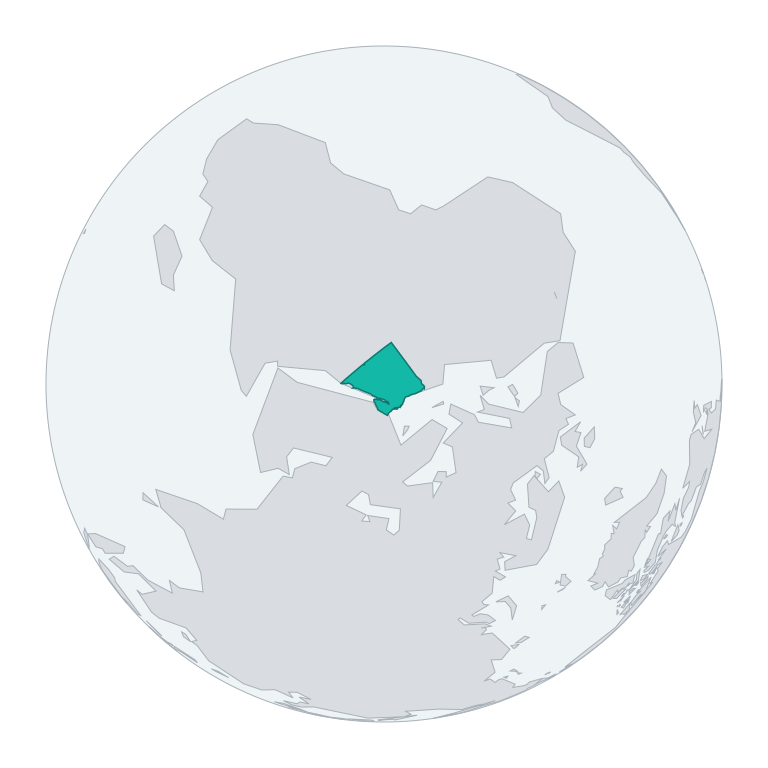 Egypt on an orthographic globe, rotated 141°
{"feature_id": "EGY", "entity_name": "Egypt", "entity_type": "country or territory", "adm_level": 0, "iso_a3": "EGY", "parent_name": "Africa", "parent_adm1": "", "projection": "orthographic", "projection_center": [30.805, 26.825], "detail": "fine", "context": "on_globe", "style": "filled", "palette": "teal", "viewbox_px": 768, "rotation_deg": 141, "n_neighbors": 0, "source": "natural_earth", "source_scale": "50m", "svg_char_len": 13143}
<svg xmlns="http://www.w3.org/2000/svg" viewBox="0 0 768 768"><g transform="rotate(141 384 384)"><circle cx="384" cy="384" r="338" fill="#eef3f6" stroke="#a8b0b8"/><path d="M427.6,48.9L414.0,47.5L412.9,47.5L423.6,48.6L429.1,49.8L413.6,48.0L421.6,50.1L397.9,49.9L357.3,49.1L343.4,52.2L299.9,60.9L303.3,61.3L288.9,66.1L287.4,68.6L279.7,70.4L285.2,71.1L292.4,69.0L297.2,68.8L297.0,70.4L287.2,72.7L285.9,72.2L282.9,73.8L278.1,74.4L280.4,75.0L268.5,78.1L279.8,77.6L270.0,82.3L262.3,83.8L263.8,80.2L249.4,77.9L242.1,80.0L230.2,85.6L206.3,102.4L197.9,106.8L186.0,115.2L190.2,113.8L201.1,106.9L206.1,107.4L218.8,99.9L222.7,99.4L235.5,94.0L232.8,98.8L223.2,106.8L212.4,111.9L207.9,115.9L217.5,114.9L196.9,129.2L182.3,147.8L177.0,151.6L167.9,150.7L169.5,140.0L157.7,142.6L164.5,145.4L151.3,156.5L148.7,160.7L149.0,163.2L153.6,161.0L148.9,166.2L140.5,164.4L144.6,159.6L147.3,159.9L147.9,155.4L142.1,155.9L135.9,162.3L133.8,159.1L129.3,164.0L126.3,166.6L133.6,158.7L120.4,173.4L118.2,175.3L134.4,156.2L151.9,138.4L170.6,122.0L190.6,106.9L211.5,93.4L233.5,81.5L256.2,71.2L279.7,62.6L303.7,55.8L328.1,50.7L352.9,47.5L377.8,46.1L402.8,46.6L427.6,48.9ZM53.4,314.0L52.3,320.9L51.7,323.5L48.1,358.0L50.2,382.7L50.6,399.3L49.8,405.4L51.8,413.2L51.9,418.6L65.3,449.2L76.6,474.4L79.3,492.6L75.7,504.2L86.3,541.0L83.9,539.3L72.9,516.0L63.8,491.9L56.5,467.2L51.1,442.0L47.6,416.5L46.1,390.8L46.6,365.0L49.0,339.3L53.4,314.0ZM236.1,91.9L235.8,92.9L233.6,93.3L236.1,91.9ZM242.0,88.8L239.7,88.5L242.1,87.1L243.5,87.2L242.0,88.8ZM437.4,50.4L441.2,51.2L434.7,50.0L437.4,50.4ZM244.3,89.5L246.7,84.5L251.1,82.1L259.9,80.9L244.3,89.5ZM441.8,51.6L451.4,54.5L457.2,55.3L446.1,55.5L441.6,52.4L432.6,50.5L439.6,51.5L441.8,51.6ZM294.8,67.8L287.1,70.0L293.7,66.8L294.8,67.8ZM297.9,65.9L311.5,58.1L322.9,56.3L316.0,58.9L330.9,56.1L329.7,58.8L321.3,61.1L314.2,61.5L319.2,62.4L297.9,65.9ZM438.5,55.6L438.5,56.4L435.6,55.3L438.5,55.6ZM299.7,68.5L301.4,66.8L311.4,65.0L309.7,68.1L307.0,67.6L299.7,68.5ZM335.4,54.2L342.5,53.8L343.5,55.8L346.4,56.1L330.7,58.8L335.4,54.2ZM304.7,68.9L308.6,69.8L303.7,72.3L298.7,70.1L304.7,68.9ZM314.7,63.4L319.3,62.8L316.2,64.0L314.7,63.4ZM288.6,82.7L290.5,80.1L295.8,78.8L288.6,82.7ZM310.4,70.1L312.1,69.2L314.4,68.6L315.9,69.8L310.4,70.1ZM332.5,60.3L331.4,61.5L339.0,59.2L340.1,61.2L329.4,62.8L334.4,62.9L334.8,63.6L325.7,64.3L332.5,60.3ZM324.5,69.3L311.3,73.0L306.6,77.7L301.7,78.8L310.1,71.1L324.5,69.3ZM326.0,66.2L323.9,68.3L318.9,68.3L317.2,67.0L326.0,66.2ZM344.6,62.1L345.7,58.6L348.0,58.5L344.6,62.1ZM324.1,70.6L327.3,69.8L324.4,70.9L324.1,70.6ZM339.4,64.5L339.5,63.2L342.1,63.0L339.4,64.5ZM333.6,69.4L329.4,70.4L328.0,69.4L333.6,69.4ZM337.1,67.1L340.7,67.2L330.2,68.4L336.7,66.5L337.1,67.1ZM341.9,64.6L343.5,64.0L341.5,65.1L341.9,64.6ZM341.0,73.3L328.1,75.0L325.2,72.5L338.2,71.0L341.0,73.3ZM157.3,459.6L139.5,405.2L149.3,389.2L151.8,366.7L220.0,306.9L233.7,314.9L286.4,314.0L292.9,317.7L285.8,335.0L324.7,361.0L338.3,346.9L374.4,360.1L399.0,359.4L409.3,325.8L369.0,326.1L362.9,309.7L395.9,295.3L431.2,296.2L429.9,289.9L408.3,276.7L417.2,264.9L400.9,271.2L407.0,277.5L397.0,282.0L390.8,276.7L394.2,272.5L383.8,269.8L370.4,292.1L375.1,300.9L347.3,304.3L352.5,319.7L344.7,326.4L333.0,303.2L334.7,294.9L312.4,269.5L308.1,278.2L328.9,303.3L322.1,301.0L316.4,314.7L315.3,302.5L293.8,274.3L269.2,276.7L236.6,306.5L222.5,306.6L211.3,296.9L224.6,263.4L254.6,267.2L259.6,256.8L254.8,239.6L264.3,242.7L266.0,236.6L277.4,237.7L294.7,225.1L306.5,225.1L314.5,207.4L321.6,205.4L314.9,216.2L316.5,224.3L346.0,225.8L352.0,222.3L354.8,211.0L362.6,213.5L361.5,202.5L379.0,198.9L356.8,194.5L359.5,182.7L370.6,174.3L367.5,170.1L349.3,184.0L345.7,190.4L348.9,197.0L335.5,215.9L325.1,218.4L324.0,196.8L309.2,198.6L314.9,182.3L360.5,152.5L379.0,147.7L407.1,163.0L402.1,170.0L389.6,167.6L400.1,180.1L399.8,174.1L406.2,176.6L410.4,167.2L415.2,168.6L411.0,157.7L417.3,158.4L419.9,165.3L431.5,153.4L444.9,153.2L445.2,149.9L441.8,146.5L461.1,149.2L460.5,146.8L453.9,144.9L448.4,139.0L446.2,130.1L453.0,131.5L454.7,134.8L468.6,144.7L472.1,154.4L474.7,154.2L473.2,146.2L456.4,134.0L453.1,128.3L461.9,133.1L458.5,130.9L459.0,128.6L465.9,127.9L456.6,122.4L453.1,98.6L466.1,95.9L474.3,102.1L479.1,90.1L493.3,90.1L487.2,88.0L485.4,82.2L480.9,82.0L477.8,80.7L471.0,68.2L474.7,67.1L464.9,61.4L461.8,60.6L458.5,60.9L446.1,55.5L457.2,55.3L463.8,57.0L466.2,56.6L480.8,60.9L494.1,64.9L508.6,71.2L517.8,74.7L517.7,74.3L530.1,79.5L556.0,93.2L535.5,83.7L496.7,67.9L512.6,73.9L509.1,73.4L514.9,76.4L526.1,81.2L527.3,81.1L545.9,96.8L573.1,116.0L570.8,110.3L577.7,112.8L606.7,134.4L642.0,177.4L651.6,185.0L657.6,192.7L661.5,201.2L652.7,190.1L649.3,189.7L643.7,182.7L647.0,194.1L639.2,184.7L645.5,199.1L652.1,204.6L652.2,197.3L661.0,215.0L671.5,223.1L681.7,239.3L694.4,279.3L693.8,298.7L695.7,304.9L690.8,302.6L691.3,319.0L706.1,343.5L708.2,353.1L705.7,379.6L704.4,372.8L691.5,366.5L694.2,390.9L704.2,401.5L707.8,420.7L702.3,420.1L698.1,403.7L693.4,400.8L691.0,380.3L680.1,354.7L674.4,366.3L671.3,354.3L655.5,336.3L645.2,352.5L631.2,396.6L635.1,428.1L627.7,445.7L604.4,408.6L593.9,380.0L585.5,386.2L561.5,366.6L520.3,375.9L514.3,368.7L506.6,374.3L489.7,369.1L480.6,357.0L470.4,359.5L494.6,391.3L505.5,388.7L514.6,373.2L519.3,385.1L535.6,392.9L517.7,427.3L456.4,463.2L450.4,439.9L403.9,376.4L405.3,368.7L405.1,367.9L404.6,366.4L400.3,378.9L392.3,366.1L417.1,411.6L421.2,431.3L455.5,464.7L452.3,468.8L463.3,475.0L498.7,461.1L498.9,468.9L482.2,507.3L433.2,558.9L439.8,588.0L436.4,612.2L406.1,629.2L409.0,646.0L393.4,652.2L392.6,661.2L380.2,670.5L359.4,678.4L323.8,676.5L321.3,669.0L303.1,652.1L277.7,608.5L286.4,589.4L283.1,572.7L257.4,531.2L263.0,510.0L256.2,499.5L242.1,499.5L234.2,486.7L225.7,484.8L173.0,479.6L157.3,459.6ZM195.8,341.6L193.8,348.2L193.7,348.3L195.8,341.6ZM468.5,314.7L489.7,313.4L480.2,293.5L487.5,291.6L481.6,285.9L479.4,292.1L464.9,276.3L474.0,269.2L471.5,260.5L464.2,260.7L449.8,276.6L470.5,298.8L465.6,307.9L468.5,314.7ZM52.3,321.2L51.5,326.5L51.7,324.0L52.3,321.2ZM66.6,268.3L65.0,273.5L65.6,270.9L66.6,268.3ZM69.0,261.7L67.8,264.8L68.0,264.3L69.0,261.7ZM151.8,156.6L152.3,156.9L151.4,160.3L149.6,160.4L151.8,156.6ZM161.2,167.6L153.4,175.9L157.7,169.6L153.5,170.8L157.4,159.9L174.6,153.1L166.1,157.7L161.2,167.6ZM167.4,144.6L163.0,151.5L167.2,144.3L167.4,144.6ZM264.1,204.9L267.5,209.5L262.5,215.9L247.6,218.3L254.7,208.8L264.1,204.9ZM273.6,214.6L276.7,194.0L286.1,192.5L280.3,196.6L286.2,197.7L278.5,204.9L284.4,224.6L280.4,231.8L255.0,230.9L265.5,226.9L261.5,222.3L273.6,214.6ZM268.0,152.1L269.5,145.4L288.0,150.4L284.5,156.2L269.4,158.4L264.6,152.8L268.0,152.1ZM259.4,89.4L258.8,88.1L261.5,87.2L264.3,87.6L259.4,89.4ZM289.0,81.6L265.0,94.8L263.1,93.8L251.4,103.9L241.7,105.4L249.6,98.5L233.3,107.9L236.6,102.3L226.2,109.2L244.8,93.8L247.1,89.9L248.3,93.6L257.1,92.1L261.6,90.4L276.1,82.8L285.4,74.7L295.6,72.9L300.4,73.7L299.7,75.3L293.3,75.9L297.0,77.7L287.2,79.8L289.0,81.6ZM350.4,96.8L343.2,94.7L349.1,102.8L339.3,103.3L340.6,104.2L333.1,107.2L326.3,112.6L322.0,112.1L321.2,114.5L316.3,116.8L313.8,120.1L305.1,120.7L301.3,124.9L299.4,122.8L295.2,130.2L294.4,125.1L287.9,128.2L292.1,131.5L251.6,130.7L235.2,135.8L221.9,143.3L222.4,134.7L235.2,122.7L253.5,111.4L269.3,108.3L266.6,105.5L273.4,103.4L272.6,106.5L277.8,100.6L283.2,99.8L299.5,92.4L303.7,85.4L309.8,82.9L310.8,85.3L316.1,81.3L322.2,84.4L326.7,82.9L337.2,85.0L336.6,91.2L341.7,89.1L349.9,91.2L350.4,96.8ZM343.8,73.9L345.3,80.3L340.7,84.0L324.4,79.1L319.4,80.0L308.8,77.9L315.8,72.8L318.1,73.8L322.1,73.6L318.3,75.2L324.3,73.8L327.8,75.3L333.4,74.8L332.3,76.9L343.8,73.9ZM300.8,311.8L305.9,313.0L314.0,312.9L310.6,321.9L300.8,311.8ZM285.7,292.7L290.4,292.0L289.5,303.8L284.3,302.8L285.7,292.7ZM293.8,282.1L290.8,291.1L289.3,285.7L293.8,282.1ZM319.3,215.3L324.4,214.3L324.7,217.0L321.5,220.8L319.3,215.3ZM365.8,124.2L362.4,121.6L364.1,120.4L362.9,113.0L370.1,112.6L373.6,116.9L365.8,124.2ZM402.1,331.8L394.6,338.4L391.0,335.3L394.3,333.6L402.1,331.8ZM350.1,330.9L361.6,335.5L349.0,333.3L350.1,330.9ZM373.4,122.5L372.1,119.3L376.5,121.1L373.4,122.5ZM375.2,111.9L380.5,113.3L370.8,111.7L375.2,111.9ZM521.9,689.6L522.9,690.1L518.2,691.9L521.9,689.6ZM493.8,601.8L470.0,643.9L454.1,645.9L451.5,635.3L460.5,610.5L479.1,601.2L488.3,588.4L493.8,601.8ZM717.0,441.3L710.8,457.5L707.4,460.3L709.1,453.6L714.6,444.4L717.0,441.3ZM708.7,454.0L702.3,449.3L687.6,420.6L693.0,416.5L707.2,427.9L706.5,433.3L710.4,438.7L708.7,454.0ZM720.9,403.1L720.0,417.5L717.4,425.4L715.7,427.4L714.7,413.1L715.3,402.9L717.0,399.8L718.8,357.3L720.3,359.9L720.8,376.3L721.7,384.1L720.9,403.1ZM636.6,430.4L644.3,445.7L639.7,451.1L636.6,430.4ZM716.1,331.7L717.7,349.7L715.2,327.9L716.1,331.7ZM712.7,313.0L714.3,319.1L712.6,315.0L712.7,313.0ZM698.8,313.7L697.3,318.7L695.6,314.3L696.5,305.4L698.8,313.7ZM689.5,253.5L695.5,266.3L697.4,271.3L693.7,265.2L689.5,253.5ZM432.8,119.9L426.4,130.2L426.6,138.6L434.2,144.3L420.8,141.2L420.5,128.2L432.8,119.9ZM449.9,100.7L443.2,96.7L447.8,96.2L449.9,97.1L449.9,100.7ZM444.6,99.9L433.3,99.4L430.6,95.7L440.1,96.8L444.6,99.9ZM403.3,109.5L400.9,112.3L397.4,110.7L403.3,109.5ZM721.1,408.0L721.3,404.2L721.9,385.8L721.8,376.9L721.8,375.2L721.9,381.1L721.9,384.4L721.9,387.5L721.1,408.0ZM718.8,338.3L718.4,335.5L719.2,343.3L716.0,320.8L716.3,322.4L718.8,338.3ZM716.0,321.9L716.9,329.0L714.9,316.7L716.0,321.9ZM716.3,326.2L714.6,319.1L714.8,317.4L716.3,326.2ZM715.8,320.5L712.9,307.1L714.4,313.2L715.8,320.5ZM710.2,303.5L713.3,310.0L712.1,312.2L704.4,288.5L704.4,284.8L710.2,303.5ZM661.9,193.9L657.7,188.6L655.5,184.5L659.1,189.3L661.9,193.9ZM644.6,168.9L653.6,181.8L660.1,193.5L661.5,194.3L669.3,206.1L663.3,199.4L653.5,183.7L649.8,176.9L642.5,168.0L635.6,159.2L626.6,150.0L621.4,144.5L628.4,151.0L644.6,168.9ZM622.8,146.5L604.7,130.2L603.7,127.8L607.5,130.9L616.2,139.1L616.2,139.8L622.8,146.5ZM600.0,125.8L599.8,126.6L572.7,109.7L566.7,105.8L586.9,116.0L587.7,117.5L594.6,122.5L600.0,125.8ZM442.1,56.8L438.9,56.5L440.8,56.2L442.1,56.8ZM475.4,80.8L471.6,79.0L474.0,78.2L475.4,80.8ZM462.2,73.8L462.2,75.8L459.4,73.0L462.2,73.8ZM462.6,80.8L460.8,76.3L466.6,81.6L462.6,80.8Z" fill="#d9dde1" stroke="#a8b0b8" stroke-width="1"/><path d="M417.1,411.7L415.3,411.7L413.5,411.8L411.8,411.9L410.0,412.0L408.2,412.0L406.4,412.1L404.6,412.1L402.8,412.2L401.0,412.2L399.2,412.3L397.4,412.3L395.6,412.3L393.8,412.4L392.1,412.4L390.3,412.4L388.5,412.4L387.4,412.4L387.6,411.9L387.7,411.5L387.6,411.3L387.3,411.2L387.0,411.3L386.5,412.4L386.2,412.4L385.6,412.5L383.5,412.5L381.4,412.4L379.3,412.4L377.2,412.4L375.1,412.4L373.0,412.4L371.0,412.3L368.9,412.3L366.8,412.2L364.7,412.2L362.6,412.1L360.5,412.1L358.4,412.0L356.4,411.9L354.3,411.8L352.2,411.7L352.3,410.4L352.3,409.1L352.4,407.8L352.4,406.4L352.5,405.1L352.5,403.8L352.6,402.5L352.6,401.2L352.7,399.8L352.7,398.5L352.8,397.2L352.8,395.9L352.9,394.5L353.0,393.2L353.0,391.9L353.1,390.6L353.1,389.3L353.2,387.9L353.2,386.6L353.3,385.3L353.4,384.0L353.4,382.6L353.5,381.3L353.5,380.0L353.6,378.7L353.7,377.3L353.7,376.0L353.8,374.7L353.9,373.4L353.9,372.1L354.0,370.7L354.1,369.4L354.0,369.2L353.8,368.3L353.6,367.1L353.4,365.7L353.4,365.2L353.0,363.8L353.0,363.4L353.1,363.1L353.9,361.9L354.2,361.3L354.4,360.6L354.5,360.0L354.3,359.1L354.1,358.3L354.1,357.5L354.1,356.7L354.5,356.2L355.0,355.7L355.2,355.4L355.5,355.1L355.7,354.9L356.0,355.6L356.8,355.8L359.4,355.3L362.2,356.0L363.7,356.3L366.1,356.9L367.5,357.9L367.9,358.1L369.0,358.1L369.7,358.7L372.4,359.0L373.9,359.7L374.7,360.2L375.2,360.3L375.7,360.3L376.3,360.1L377.0,359.8L377.9,359.3L379.6,358.0L380.2,357.8L380.6,357.9L381.1,357.9L381.3,357.5L381.5,357.3L381.7,357.0L381.9,356.7L382.8,356.6L384.6,356.1L384.4,356.3L382.8,356.9L383.5,357.0L384.2,356.8L385.0,356.7L385.1,356.4L385.2,355.9L385.4,355.8L386.0,355.9L387.6,356.7L388.0,356.7L389.2,356.3L389.4,356.2L389.8,356.4L390.7,357.4L390.4,357.3L389.5,356.5L389.4,356.9L388.9,357.7L389.5,358.0L390.1,358.1L390.4,358.5L390.5,358.8L391.1,358.7L391.4,358.2L391.2,357.9L391.1,357.6L391.3,357.6L391.7,357.8L392.7,358.7L393.1,358.9L393.5,358.9L394.3,358.6L394.6,358.7L395.7,358.3L395.9,358.5L396.1,358.8L397.0,358.5L398.4,358.5L399.6,358.1L401.0,357.4L401.3,357.9L401.8,359.2L402.2,360.2L402.7,361.5L402.9,362.0L402.9,362.4L403.6,363.9L404.1,365.1L404.4,366.1L404.8,367.5L405.0,368.0L404.8,368.3L404.2,369.3L403.7,372.3L402.9,374.7L402.8,376.2L402.7,376.7L402.3,377.5L401.8,378.2L400.9,377.9L399.4,376.6L398.5,375.4L397.5,374.6L396.6,373.6L396.4,372.9L396.4,372.4L396.0,371.2L395.7,370.6L394.6,369.4L394.3,368.7L394.1,368.4L393.8,368.0L393.4,366.4L393.0,365.4L392.5,365.7L392.6,366.1L392.2,366.7L392.0,367.4L392.2,368.0L393.0,368.8L393.2,369.2L393.4,370.0L393.4,371.2L393.6,371.5L394.2,372.4L394.5,372.8L394.6,373.3L394.8,373.6L395.5,374.4L396.5,375.7L397.4,376.6L398.0,377.1L398.3,377.5L398.4,378.7L398.3,379.2L398.9,380.3L399.1,380.8L399.7,381.2L400.0,381.7L400.2,382.5L400.6,384.8L401.1,385.4L402.7,388.5L404.0,390.4L404.6,391.8L405.6,393.6L407.5,397.4L408.7,398.6L409.1,399.3L409.9,399.8L410.8,400.5L410.0,400.5L409.8,400.5L409.5,400.6L409.4,401.1L409.3,401.5L409.5,403.5L409.8,404.5L410.5,406.3L411.1,406.9L411.4,407.3L411.7,407.5L413.5,408.1L414.5,409.4L416.9,411.1L417.1,411.5L417.1,411.7Z" fill="#14b8a6" stroke="#0f766e" stroke-width="1.5"/></g></svg>